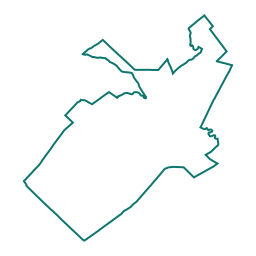 outline of Bulbucata, Giurgiu, Romania
{"feature_id": "2599482B12854279400652", "entity_name": "Bulbucata", "entity_type": "district", "adm_level": 2, "iso_a3": "ROU", "parent_name": "Romania", "parent_adm1": "Giurgiu", "projection": "mercator", "projection_center": [25.811, 44.28], "detail": "fine", "context": "isolated", "style": "outline", "palette": "teal", "viewbox_px": 256, "rotation_deg": 0, "n_neighbors": 0, "source": "geoboundaries", "source_scale": "gbopen_adm2", "svg_char_len": 5575}
<svg xmlns="http://www.w3.org/2000/svg" viewBox="0 0 256 256"><path d="M65.3,115.4L72.9,122.6L64.2,130.3L61.9,133.5L53.8,144.3L50.7,148.9L45.7,155.6L43.8,158.3L42.9,159.6L42.4,160.1L40.8,162.7L40.0,163.8L38.5,165.6L36.9,167.3L35.4,168.8L33.4,170.9L31.2,173.4L30.3,174.4L28.2,176.5L24.3,180.7L24.0,180.9L23.9,181.1L24.3,181.7L25.2,182.9L26.4,184.6L26.4,184.8L26.4,185.8L26.5,185.9L28.0,187.4L30.9,190.2L33.9,193.1L36.5,195.7L40.1,199.2L41.9,200.9L46.5,205.3L50.4,209.0L53.2,211.5L56.0,214.1L57.6,215.6L61.1,219.2L82.4,239.3L82.7,239.6L84.0,240.5L84.3,240.6L85.2,240.0L86.9,238.9L92.2,235.1L98.7,230.5L101.7,228.2L114.1,219.2L119.3,215.4L119.5,215.2L121.1,214.2L123.9,211.0L124.4,210.7L125.6,210.1L126.9,209.4L127.4,209.1L128.0,208.7L129.3,207.8L130.1,207.5L130.6,207.0L133.1,204.4L133.9,203.7L135.9,202.2L136.4,201.8L137.3,200.8L140.9,196.6L150.9,185.2L154.4,181.0L155.9,179.4L164.8,168.8L168.8,167.3L173.3,166.9L178.9,167.1L179.0,167.1L183.4,167.3L183.6,167.4L183.8,167.4L183.9,167.5L184.0,167.6L193.9,177.4L200.0,174.0L213.8,166.3L217.5,163.5L213.3,161.2L209.8,159.0L205.7,154.8L210.0,152.3L210.2,152.2L210.4,152.3L211.2,151.6L216.8,146.1L217.2,146.1L217.6,145.7L218.2,144.8L218.4,144.0L217.5,138.7L216.9,138.9L215.8,138.7L215.1,138.3L214.8,137.9L214.8,137.4L215.1,136.7L215.3,136.0L215.1,135.6L214.9,135.3L214.5,135.2L214.1,135.2L213.3,135.5L211.2,136.2L210.5,136.3L210.0,136.3L209.7,135.8L209.0,134.8L208.5,134.0L208.4,133.2L208.9,132.5L209.5,132.4L210.5,132.4L211.4,132.0L212.1,131.4L212.3,130.8L212.0,130.3L211.4,129.8L210.7,129.5L209.9,129.5L209.0,130.0L208.3,130.1L207.8,129.8L207.5,129.3L207.3,128.5L206.9,128.2L206.7,128.1L206.4,128.2L206.0,128.5L205.4,129.0L204.7,129.1L203.9,128.9L202.6,128.5L200.5,127.4L200.7,127.1L213.8,99.5L213.9,99.4L214.3,99.1L216.4,95.0L218.7,90.8L224.0,80.8L227.2,74.9L229.2,71.4L232.0,65.5L232.1,65.2L230.8,64.9L226.1,63.6L221.9,62.6L219.2,61.9L216.8,61.3L216.8,61.1L217.2,60.8L218.2,59.8L220.7,57.4L222.1,56.0L222.7,55.4L224.5,53.6L225.3,52.8L225.4,52.7L226.3,51.7L226.6,51.4L209.9,29.1L212.9,26.3L212.8,26.1L210.4,23.1L206.3,17.9L204.7,16.0L204.3,15.4L203.2,16.4L202.8,16.8L202.2,17.2L201.5,17.7L200.1,18.8L199.6,19.2L198.3,20.2L188.6,28.3L188.7,28.8L188.9,29.4L189.0,29.7L189.2,30.0L189.7,30.8L190.2,31.5L190.4,32.0L190.6,32.4L190.7,32.9L190.6,33.3L190.3,34.3L190.1,34.9L190.0,35.5L189.9,36.1L189.9,36.3L190.0,36.6L190.1,37.0L190.3,37.5L190.4,38.1L190.4,38.5L190.5,38.7L190.5,39.0L190.5,39.5L190.5,40.0L190.6,41.6L190.6,42.3L190.6,42.8L190.5,43.4L190.3,43.9L190.2,44.5L190.2,44.9L190.2,45.1L190.3,45.4L190.7,45.8L191.1,46.0L191.3,46.0L191.8,45.5L192.0,45.3L192.7,45.9L193.0,46.3L193.2,47.0L193.3,47.7L193.3,48.2L193.4,48.7L193.5,48.9L193.6,49.1L193.9,49.4L194.8,49.9L195.0,50.0L195.4,50.1L195.7,50.0L196.3,49.7L197.2,49.2L197.6,48.9L197.8,48.4L198.2,47.4L198.5,46.9L201.9,48.8L201.9,49.1L201.9,49.4L201.7,49.7L201.3,50.7L201.1,51.1L201.0,51.4L201.0,51.8L200.9,51.9L200.6,52.4L199.9,53.0L199.3,53.3L198.5,54.0L197.6,54.7L196.9,55.5L196.3,55.7L195.7,56.0L195.2,56.2L194.4,57.0L193.7,58.0L193.1,58.6L192.8,58.9L191.9,59.4L191.1,59.7L190.5,59.6L190.2,59.7L189.3,59.9L188.7,60.2L188.5,60.4L187.8,61.0L186.6,62.4L186.0,62.9L185.0,63.4L184.0,64.2L183.1,64.7L182.6,65.0L181.9,65.4L181.3,65.7L180.4,66.4L179.0,67.5L177.2,69.1L176.2,70.0L174.7,71.4L174.7,71.5L172.9,73.5L172.7,72.7L171.5,69.3L170.6,67.0L170.0,65.8L169.5,64.8L169.3,64.2L168.8,63.2L168.4,62.5L168.3,61.9L168.1,61.1L167.9,60.6L167.7,60.1L167.5,59.1L167.4,59.0L166.7,60.0L166.5,60.4L164.6,62.6L158.3,70.0L150.9,69.9L148.5,69.8L147.5,69.8L144.0,69.8L141.3,69.9L138.5,69.9L134.6,69.7L132.0,67.2L129.3,64.6L128.1,63.5L127.4,62.8L125.1,60.7L123.9,59.6L122.7,58.5L121.2,57.1L113.0,49.6L109.1,45.9L105.3,42.3L102.8,39.9L101.0,41.3L98.5,43.3L98.4,43.5L94.0,46.0L90.8,48.4L89.9,48.4L89.3,48.7L88.4,49.3L87.7,49.7L87.4,50.1L87.1,50.3L86.6,50.8L83.9,53.1L82.9,54.0L82.7,54.1L82.8,54.3L83.6,54.4L85.5,54.8L85.8,54.6L86.7,54.4L86.9,54.4L89.1,55.3L89.4,55.4L91.2,56.4L92.1,56.9L92.4,57.0L92.7,57.1L92.9,57.1L93.3,57.0L93.8,57.0L94.2,57.1L97.1,57.8L97.9,57.8L99.0,57.6L99.5,57.5L99.8,57.5L100.1,57.5L100.4,57.5L101.3,57.7L102.0,57.8L103.2,58.0L104.3,58.2L105.2,58.1L105.4,58.2L105.6,58.3L105.8,58.5L106.0,58.7L106.3,58.9L106.3,59.0L107.5,59.9L108.1,60.2L109.0,60.8L109.8,62.0L110.5,62.2L111.2,62.5L114.5,64.2L115.5,65.0L116.6,65.8L117.1,66.4L119.0,68.6L120.7,70.5L121.2,71.0L121.9,71.5L122.7,71.8L124.8,72.0L125.7,72.2L127.1,72.3L128.4,72.4L129.5,72.6L131.0,72.7L131.4,72.9L131.8,73.0L132.1,73.4L132.7,74.6L133.0,75.2L133.2,75.6L133.6,76.7L133.9,77.5L134.2,78.0L136.2,80.7L137.5,82.4L138.2,83.2L138.6,84.4L139.0,85.6L139.3,86.6L139.5,86.9L140.5,88.6L142.6,92.0L144.0,94.1L145.2,95.9L146.0,97.1L146.0,97.8L145.8,98.2L145.1,98.3L144.9,98.2L144.3,98.0L144.0,97.8L143.7,97.4L143.6,97.0L143.6,96.8L143.6,96.5L143.6,96.2L143.5,95.9L143.2,95.6L142.5,95.6L141.5,95.7L141.0,95.4L140.5,95.0L139.9,94.1L139.4,93.5L138.8,92.9L137.4,92.3L136.9,92.2L136.2,92.2L134.8,92.2L134.1,92.3L133.7,92.7L133.0,93.5L132.5,94.1L131.8,94.2L131.2,94.1L130.5,94.0L129.6,93.7L128.8,93.4L128.0,93.2L127.0,93.0L125.9,93.0L124.3,93.4L123.6,93.7L123.2,94.0L122.9,94.2L122.5,94.6L122.1,94.7L121.6,95.0L121.2,95.1L120.9,95.3L119.8,95.7L118.9,96.1L117.8,96.5L118.0,96.9L117.8,97.2L117.2,97.8L109.0,92.1L106.2,94.0L102.6,96.6L97.0,100.7L94.8,102.3L93.9,102.9L92.5,103.9L92.2,104.2L91.8,104.0L91.5,103.9L91.0,103.7L89.9,103.1L88.5,102.3L87.4,101.7L86.5,101.1L85.6,100.6L85.1,100.4L84.7,100.3L84.1,100.1L83.5,100.1L82.6,100.2L81.5,100.1L80.7,99.8L80.0,101.3L77.7,102.2L65.3,115.4Z" fill="none" stroke="#0f766e" stroke-width="2"/></svg>